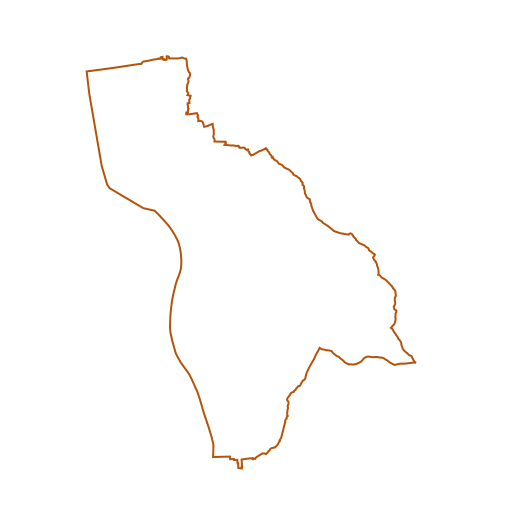 Ionesti, Vâlcea, Romania, rotated 173°
{"feature_id": "2599482B28875111653577", "entity_name": "Ionesti", "entity_type": "district", "adm_level": 2, "iso_a3": "ROU", "parent_name": "Romania", "parent_adm1": "Vâlcea", "projection": "natural_earth1", "projection_center": [24.222, 44.864], "detail": "fine", "context": "isolated", "style": "outline", "palette": "amber", "viewbox_px": 512, "rotation_deg": 173, "n_neighbors": 0, "source": "geoboundaries", "source_scale": "gbopen_adm2", "svg_char_len": 6091}
<svg xmlns="http://www.w3.org/2000/svg" viewBox="0 0 512 512"><g transform="rotate(173 256 256)"><path d="M401.6,459.8L401.7,437.3L398.2,364.6L395.1,345.2L393.0,341.1L362.0,317.2L351.0,313.3L347.5,308.8L341.9,301.0L339.6,297.5L337.9,294.7L335.7,290.5L333.3,284.8L332.0,281.2L331.1,277.9L330.5,273.0L330.3,267.3L330.7,260.2L331.4,255.4L332.3,252.1L333.5,249.0L334.6,246.7L337.6,241.2L339.2,237.6L343.0,227.4L344.9,221.5L346.9,213.6L348.3,206.9L350.1,195.5L350.2,193.1L350.2,190.5L349.9,186.5L349.4,181.6L347.5,169.2L345.5,163.9L343.5,159.2L341.6,155.7L338.2,149.7L336.4,145.9L334.1,139.3L330.7,128.1L329.1,120.2L326.9,106.5L323.7,90.9L322.2,82.2L321.4,75.5L321.4,72.4L323.1,61.7L306.3,60.1L306.4,57.4L302.7,57.2L302.7,56.3L299.4,55.9L299.6,52.5L299.0,52.4L299.4,47.7L295.9,46.9L295.9,48.7L295.5,48.6L295.1,55.8L285.9,55.9L284.0,54.8L283.8,55.7L281.7,54.7L281.0,55.6L279.8,56.5L273.4,59.3L271.6,59.0L270.8,58.4L270.1,58.3L268.9,59.3L268.3,59.5L267.6,60.7L266.3,61.4L265.4,62.6L264.8,63.0L263.7,63.4L261.6,63.6L261.1,63.8L260.2,63.7L259.8,64.3L258.6,65.1L257.2,66.4L256.8,67.2L256.0,68.3L254.9,69.3L255.1,70.2L254.6,70.5L253.8,71.8L253.3,72.3L252.8,73.4L247.5,87.1L247.2,87.4L247.2,88.5L247.0,89.2L246.6,90.0L245.4,90.9L245.5,91.7L245.4,92.0L244.1,93.2L244.5,93.4L244.5,94.1L244.2,94.9L244.2,96.3L243.8,97.9L243.6,99.1L242.8,101.0L242.9,103.0L242.4,104.2L241.8,105.1L241.7,105.6L241.6,107.5L242.5,108.8L242.7,109.4L242.5,110.1L242.0,111.1L241.2,112.0L239.7,113.4L238.5,115.2L238.0,115.7L237.6,116.0L235.0,116.6L234.6,117.5L233.1,118.3L232.4,119.4L230.8,120.8L230.3,121.4L229.5,121.7L228.7,121.6L228.1,122.0L227.7,122.4L226.9,123.9L224.8,126.5L223.0,127.3L222.2,128.0L221.0,131.5L220.0,133.8L217.7,137.5L215.6,140.6L211.0,146.6L208.5,150.8L206.0,154.1L204.0,157.0L203.0,156.1L201.6,155.3L199.4,154.7L198.0,154.0L195.5,153.5L192.6,152.5L191.5,150.5L188.8,147.6L187.7,146.7L186.1,145.9L184.8,144.2L182.3,141.7L180.5,139.3L177.4,137.2L175.2,137.0L173.2,136.4L169.1,136.7L167.0,137.4L164.4,138.5L161.0,141.5L158.9,142.4L157.8,142.5L156.7,142.5L152.5,141.3L149.2,141.1L147.4,140.8L145.9,140.3L144.0,140.0L141.8,139.1L140.1,137.5L138.2,136.2L136.4,134.3L133.7,132.2L133.1,132.0L132.1,131.1L131.0,131.0L127.9,131.5L125.4,131.5L121.1,131.0L111.7,131.0L110.3,130.4L111.4,131.7L112.2,132.9L113.4,136.3L113.7,137.5L114.3,138.0L115.4,138.6L116.5,139.4L118.4,141.8L119.5,142.8L120.8,144.4L121.7,146.2L122.0,148.1L122.4,149.3L122.5,150.1L122.4,151.7L122.7,153.0L123.7,155.0L124.7,156.3L125.0,157.5L125.4,158.4L128.3,163.9L129.4,166.7L130.0,167.5L130.8,168.2L128.6,170.3L127.5,171.1L126.5,172.4L125.6,174.8L125.1,176.5L125.0,177.3L125.3,178.2L124.7,179.9L124.7,181.2L123.3,184.2L123.3,184.4L123.5,185.0L125.2,186.2L125.4,188.1L125.5,188.6L125.5,188.9L124.2,190.5L123.6,191.7L123.5,193.1L123.7,195.6L123.2,197.7L122.3,199.0L122.0,199.9L122.1,200.8L121.9,203.5L122.6,205.6L123.0,206.1L123.8,207.0L124.5,209.0L129.5,215.7L130.4,216.7L133.9,219.3L135.7,222.0L136.2,222.3L137.0,222.5L136.4,223.9L136.2,227.1L136.2,228.3L137.0,232.0L136.9,232.8L138.2,236.6L139.2,237.7L140.0,240.1L139.9,240.5L138.5,241.8L137.8,242.8L138.2,243.5L139.8,244.5L141.2,246.3L143.1,247.8L143.2,248.1L143.2,248.8L143.4,249.7L144.0,250.4L145.5,251.5L146.8,253.0L147.7,253.7L152.3,256.4L152.7,257.2L154.6,259.5L154.9,260.9L157.0,263.5L157.4,264.8L158.2,266.1L158.6,266.4L159.6,267.0L161.3,266.3L161.5,265.9L169.7,268.4L175.5,271.2L180.5,276.6L185.7,280.9L186.6,282.5L189.0,284.2L190.4,285.4L192.6,290.8L192.9,291.8L194.0,294.1L194.1,295.3L194.9,298.8L194.9,300.4L195.1,301.4L195.3,302.1L195.8,302.8L195.5,303.6L195.8,304.8L195.6,305.6L196.7,306.5L198.5,308.0L198.9,310.1L199.4,310.9L199.8,312.6L199.7,313.4L199.8,316.2L200.1,316.8L200.3,317.7L199.8,318.4L199.7,318.8L200.3,320.1L201.1,320.9L201.0,321.3L201.1,321.6L201.1,322.0L200.8,322.4L200.8,323.0L201.3,323.6L201.5,324.4L202.5,325.4L202.8,327.3L204.6,328.7L205.5,329.9L209.0,332.2L209.2,333.4L209.4,333.7L212.6,337.6L214.8,339.0L215.7,339.3L216.3,340.0L217.2,340.5L219.0,343.2L221.9,344.7L222.4,345.3L223.2,347.0L223.6,347.6L225.3,348.8L225.9,349.1L226.2,349.7L227.0,350.6L227.2,351.6L227.3,351.5L228.0,351.6L228.0,351.9L228.4,352.3L228.2,352.9L228.8,354.1L230.0,355.6L230.2,356.8L230.6,357.4L230.8,358.1L231.5,358.6L231.7,359.1L231.7,360.2L232.1,360.6L233.0,360.7L233.2,361.8L234.7,361.0L235.7,360.8L237.5,360.1L239.7,359.7L246.8,356.7L247.9,356.7L248.5,356.5L248.7,357.2L249.3,357.4L249.6,358.2L250.1,358.8L249.8,359.6L249.9,359.9L250.6,360.7L250.9,361.2L251.0,361.7L250.8,362.6L250.9,362.8L252.4,362.5L253.6,363.5L254.1,364.9L256.1,365.2L258.9,365.3L259.4,365.7L259.3,366.6L260.0,367.5L260.7,367.6L260.9,367.6L261.1,367.4L261.3,367.4L265.3,368.6L266.6,368.6L273.6,370.2L272.0,372.0L272.3,373.1L272.5,373.0L274.9,373.5L280.4,374.2L283.3,374.8L283.0,375.9L283.0,377.1L283.7,378.5L283.9,379.4L283.0,382.4L282.6,386.7L282.7,387.6L282.9,388.1L283.0,390.0L282.9,392.4L284.1,392.2L288.1,391.1L288.1,390.9L291.2,390.5L291.8,390.6L291.9,390.9L292.2,394.2L292.5,395.1L293.2,396.2L294.5,396.9L296.2,397.1L296.8,397.0L296.5,398.3L296.6,400.0L297.2,401.1L297.2,401.3L296.5,402.1L296.5,402.8L297.2,404.8L297.4,404.8L297.4,405.0L304.2,404.8L308.0,405.2L307.7,406.8L306.8,406.8L306.5,407.4L306.0,407.3L305.9,408.5L305.4,410.4L305.0,410.5L305.5,411.5L305.1,412.7L305.4,414.5L305.3,415.9L303.4,415.9L303.4,418.4L303.2,419.3L302.2,420.5L302.1,421.3L301.4,423.0L304.4,424.0L303.8,424.7L303.3,426.0L304.4,427.7L304.6,428.3L304.1,429.8L304.1,431.7L303.7,432.7L303.6,433.6L303.3,433.8L303.2,434.6L301.7,437.4L301.8,438.8L302.0,439.6L301.6,440.7L300.8,440.9L300.2,441.7L299.6,443.0L299.2,445.0L299.2,445.6L300.0,446.5L300.5,447.4L301.0,449.3L301.1,452.2L301.3,453.8L301.0,457.2L301.2,459.2L301.2,460.3L302.8,460.7L305.0,462.0L305.7,462.0L307.7,461.6L309.6,461.6L318.1,462.7L318.0,463.9L318.7,464.8L320.3,465.1L320.5,464.4L320.5,462.2L320.8,461.7L323.2,461.8L323.1,462.5L324.6,462.6L324.5,465.0L326.2,464.9L326.2,463.5L328.4,463.5L328.5,463.9L331.0,463.5L334.3,463.4L339.4,462.9L344.3,462.7L345.4,461.9L346.4,460.6L349.0,460.8L373.9,460.1L401.6,459.8Z" fill="none" stroke="#b45309" stroke-width="2"/></g></svg>